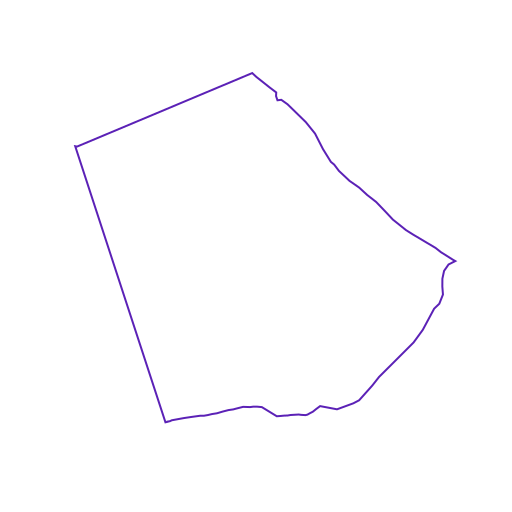 Portalese, Choiseul, Saint Lucia (Albers equal-area conic projection), rotated 190°
{"feature_id": "8701671B31198157043754", "entity_name": "Portalese", "entity_type": "district", "adm_level": 2, "iso_a3": "LCA", "parent_name": "Saint Lucia", "parent_adm1": "Choiseul", "projection": "albers", "projection_center": [-61.054, 13.78], "detail": "fine", "context": "isolated", "style": "outline", "palette": "violet", "viewbox_px": 512, "rotation_deg": 190, "n_neighbors": 0, "source": "geoboundaries", "source_scale": "gbopen_adm2", "svg_char_len": 1086}
<svg xmlns="http://www.w3.org/2000/svg" viewBox="0 0 512 512"><g transform="rotate(190 256 256)"><path d="M453.1,332.7L316.3,76.5L313.5,77.7L315.2,77.3L312.2,78.3L310.4,79.6L298.8,83.9L291.6,86.3L283.2,89.0L279.4,89.7L275.8,91.0L271.9,92.7L267.2,94.3L261.8,97.0L256.3,99.5L251.7,101.0L249.4,102.1L242.5,105.2L235.5,106.2L232.7,107.1L228.9,107.8L224.0,108.2L207.7,101.8L204.5,102.6L200.5,103.7L197.2,104.4L194.4,105.4L186.4,107.3L183.9,107.4L179.6,107.9L177.8,108.7L175.4,110.7L173.0,112.5L170.2,115.7L166.8,119.3L149.6,119.1L134.6,127.8L129.4,131.8L119.0,148.6L113.8,158.3L96.8,182.5L85.8,198.2L78.9,212.3L71.4,235.1L67.2,240.8L65.2,250.5L67.2,258.3L68.5,266.0L68.2,274.0L64.9,281.1L58.9,285.6L61.4,286.5L74.6,291.9L80.5,295.1L104.8,304.3L112.7,307.5L127.5,315.6L137.5,323.1L147.1,330.1L157.1,335.4L166.3,341.3L176.9,346.2L189.1,354.2L194.9,359.6L198.6,361.7L208.6,372.9L219.1,386.8L230.2,396.5L251.3,410.9L258.2,414.2L261.9,413.1L264.0,416.9L264.5,420.6L271.9,424.4L286.7,432.4L291.5,435.5L357.5,393.0L451.2,332.7L453.1,332.7Z" fill="none" stroke="#5b21b6" stroke-width="2"/></g></svg>